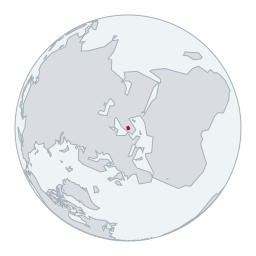 the Earth from above Eskisehir, rotated 239°
{"feature_id": "TUR-2269", "entity_name": "Eskisehir", "entity_type": "Province", "adm_level": 1, "iso_a3": "TUR", "parent_name": "Turkey", "parent_adm1": "", "projection": "orthographic", "projection_center": [31.246, 39.627], "detail": "fine", "context": "on_globe", "style": "filled", "palette": "rose", "viewbox_px": 256, "rotation_deg": 239, "n_neighbors": 0, "source": "natural_earth", "source_scale": "10m", "svg_char_len": 10676}
<svg xmlns="http://www.w3.org/2000/svg" viewBox="0 0 256 256"><g transform="rotate(239 128 128)"><circle cx="128" cy="128" r="113" fill="#eef3f6" stroke="#a8b0b8"/><path d="M97.1,19.7L97.4,19.6L95.3,20.2L97.1,19.7ZM94.4,20.5L95.7,20.1L99.8,19.0L102.1,18.5L112.9,17.6L126.4,17.3L131.0,16.7L129.8,17.4L138.6,16.5L146.1,17.3L137.4,16.7L136.4,17.0L141.4,17.5L141.4,18.0L143.8,18.6L143.4,19.2L138.4,19.1L138.0,19.6L141.6,20.0L143.4,21.0L138.2,20.3L140.8,22.2L132.9,23.0L119.4,21.8L114.8,23.8L100.2,26.7L101.3,27.3L96.5,29.2L96.0,30.8L93.4,31.1L95.2,32.1L97.7,31.5L99.2,31.7L99.2,32.7L95.9,33.2L95.5,32.8L94.5,33.5L92.9,33.4L93.6,34.0L89.7,34.7L93.4,35.4L90.1,37.2L87.6,37.3L88.1,35.4L83.4,31.9L81.0,31.9L77.0,33.6L69.0,40.4L66.2,41.4L62.2,44.1L63.6,44.3L67.2,42.3L68.9,43.5L73.1,41.2L74.4,41.5L78.6,40.1L77.7,42.4L74.5,45.5L70.9,46.9L69.4,48.4L72.5,49.0L65.7,53.7L60.7,60.7L59.0,61.9L56.0,60.3L56.6,55.2L52.7,54.2L54.9,57.1L50.5,60.4L49.6,62.0L49.7,63.3L51.2,63.0L49.7,64.8L46.9,62.2L48.3,60.6L49.1,61.3L49.4,59.1L47.5,57.9L45.4,59.9L44.8,56.8L43.3,58.3L42.3,58.6L44.7,56.4L40.3,60.5L39.3,59.2L33.3,67.1L39.5,58.4L41.9,55.3L42.9,54.2L49.0,47.7L55.6,41.7L62.6,36.3L70.1,31.4L77.9,27.1L86.0,23.5L94.4,20.5ZM18.6,101.2L17.5,108.0L17.3,108.5L16.0,121.0L16.6,130.9L16.7,136.3L16.5,137.7L17.1,141.0L17.2,142.6L21.5,155.4L25.2,164.8L26.1,170.0L24.9,171.6L27.8,179.5L24.4,172.2L21.5,164.7L19.2,157.0L17.4,149.1L16.1,141.2L15.5,133.1L15.4,125.1L15.9,117.0L17.0,109.1L18.6,101.2ZM29.9,72.7L26.2,80.0L27.1,77.9L29.9,72.7ZM32.8,68.2L33.7,66.7L33.0,67.9L32.8,68.2ZM103.2,18.2L99.9,19.0L96.2,20.0L98.9,19.2L103.2,18.2ZM110.2,17.1L108.7,17.4L107.1,17.5L108.5,17.3L110.2,17.1ZM134.2,16.4L131.6,16.3L134.2,16.3L134.2,16.4ZM144.2,18.6L145.0,18.5L145.9,18.9L144.2,18.6ZM78.9,39.0L78.7,39.5L78.0,39.5L78.9,39.0ZM80.8,37.9L80.1,37.5L80.9,36.9L81.3,37.2L80.8,37.9ZM146.2,20.2L147.4,20.9L145.3,20.1L146.2,20.2ZM81.6,38.6L82.4,36.0L83.9,35.1L86.8,35.4L81.6,38.6ZM147.6,21.4L150.8,23.5L152.7,23.4L149.0,25.0L147.5,22.5L144.5,21.5L146.9,21.8L147.6,21.4ZM98.5,30.9L95.9,31.6L98.1,30.2L98.5,30.9ZM99.5,30.0L104.1,25.8L107.9,25.5L105.6,26.8L110.5,25.9L110.1,27.7L107.3,28.7L104.9,28.5L106.6,29.3L99.5,30.0ZM146.4,25.6L146.4,26.2L145.4,25.6L146.4,25.6ZM100.1,31.7L100.6,30.9L104.0,30.5L103.4,32.2L102.5,31.7L100.1,31.7ZM112.0,24.8L114.4,24.9L114.7,26.4L115.7,26.7L110.4,27.7L112.0,24.8ZM101.7,32.3L103.0,33.1L101.4,34.2L99.7,32.6L101.7,32.3ZM105.1,29.7L106.6,29.6L105.6,30.2L105.1,29.7ZM96.3,38.7L96.9,37.5L98.7,37.2L96.3,38.7ZM103.6,33.3L104.2,32.9L104.9,32.7L105.4,33.5L103.6,33.3ZM111.0,28.8L110.7,29.4L113.2,28.4L113.5,29.6L110.0,30.1L111.6,30.4L111.7,30.8L108.7,30.9L111.0,28.8ZM108.3,33.6L103.9,34.9L102.3,37.2L100.7,37.5L103.5,33.8L108.3,33.6ZM108.8,32.0L108.1,33.0L106.4,32.8L105.9,31.9L108.8,32.0ZM115.0,30.3L115.4,28.3L116.2,28.3L115.0,30.3ZM108.1,34.3L109.2,33.9L108.2,34.4L108.1,34.3ZM113.3,31.5L113.3,30.8L114.2,30.8L113.3,31.5ZM111.3,34.0L109.9,34.4L109.5,33.8L111.3,34.0ZM112.5,32.9L113.7,33.0L110.2,33.3L112.4,32.5L112.5,32.9ZM114.1,31.6L114.6,31.4L114.0,31.9L114.1,31.6ZM113.7,36.2L109.4,36.7L108.5,35.3L112.8,35.0L113.7,36.2ZM51.8,169.8L45.9,151.6L49.2,147.3L50.1,140.1L72.8,123.7L77.3,127.0L94.8,128.4L97.0,129.8L94.6,135.5L107.5,144.9L112.0,140.4L124.1,145.1L132.3,144.9L135.7,133.6L122.3,133.7L120.3,128.1L131.3,123.3L143.1,123.4L142.7,121.2L135.5,116.7L138.5,112.6L133.0,114.9L135.1,117.0L131.7,118.6L129.7,116.8L130.8,115.3L127.3,114.4L122.8,122.1L124.4,125.1L115.1,126.1L116.8,131.4L114.2,133.6L110.4,125.6L110.9,122.8L103.6,113.5L102.1,116.5L109.0,125.6L106.7,124.7L104.8,129.3L104.5,125.1L97.4,114.8L89.2,115.0L78.3,124.3L73.6,123.7L69.9,119.9L74.4,108.7L84.3,111.2L86.0,107.7L84.5,101.3L87.6,102.7L88.2,100.6L92.0,101.3L97.8,97.2L101.7,97.5L104.4,91.1L106.8,90.5L104.5,94.4L105.0,97.4L114.8,98.4L116.9,97.2L117.8,93.0L120.4,94.0L120.1,89.9L125.9,88.7L118.5,86.9L119.4,82.5L123.2,79.4L122.1,77.7L116.0,82.9L114.8,85.3L115.9,87.8L111.4,94.6L107.9,95.4L107.6,87.4L102.7,87.7L104.6,81.7L119.9,70.8L126.0,69.0L135.4,75.0L133.7,77.7L129.5,76.8L133.0,81.6L132.9,79.3L135.0,80.3L136.5,76.6L138.0,77.1L136.7,72.9L138.8,73.1L139.6,75.8L143.5,71.0L148.0,70.7L148.1,69.4L147.0,68.1L153.4,68.8L153.2,67.9L151.1,67.2L149.2,65.0L148.5,61.4L150.8,61.8L151.4,63.2L156.0,66.8L157.1,70.6L158.0,70.5L157.5,67.3L151.9,62.8L150.8,60.5L153.8,62.3L152.6,61.4L152.8,60.5L155.1,60.0L152.0,58.0L151.0,47.7L155.3,46.1L158.1,48.5L159.7,42.8L164.5,42.0L162.5,41.3L161.9,38.4L160.4,38.6L159.4,38.1L157.2,31.6L158.4,30.7L155.2,27.7L154.2,27.4L153.1,27.9L149.0,25.0L152.7,23.4L154.9,24.0L155.8,22.9L160.6,24.6L165.0,25.7L169.8,28.7L172.9,29.5L172.9,29.0L177.0,30.0L185.7,34.3L178.8,33.0L165.8,28.3L171.1,30.3L169.9,30.6L171.9,31.9L175.6,33.4L176.0,33.0L182.1,40.4L191.1,47.2L190.4,44.2L192.8,44.3L202.4,50.8L214.1,66.5L217.3,67.8L219.3,70.1L220.6,73.6L217.7,70.3L216.5,71.0L214.6,68.8L215.7,73.7L213.1,70.8L215.1,76.3L217.4,77.6L217.4,74.1L220.3,80.5L223.8,81.7L227.2,86.5L231.4,100.6L231.1,108.5L231.7,110.5L230.1,110.6L230.2,116.6L235.2,122.3L235.9,125.1L235.0,134.7L234.6,132.8L230.2,133.1L231.1,140.7L234.5,142.1L235.7,147.1L233.8,148.2L232.4,144.0L230.8,143.9L230.0,137.7L226.4,130.8L224.4,135.4L223.4,131.8L218.1,127.4L214.6,133.8L209.9,149.5L211.1,159.1L208.6,165.1L200.9,155.2L197.4,146.6L194.6,149.1L186.5,143.8L172.7,148.4L170.8,146.2L168.2,148.3L162.5,147.0L159.5,143.2L156.1,144.3L164.1,154.1L167.8,153.0L170.8,147.7L172.4,151.5L177.8,153.4L171.8,165.0L151.3,177.5L149.3,170.4L133.9,150.5L134.4,148.0L134.3,147.7L134.1,147.2L132.7,151.3L130.0,147.1L138.2,161.8L139.6,168.0L151.0,178.0L149.9,179.3L153.6,181.0L165.4,176.0L165.5,178.4L159.9,190.3L143.5,206.0L145.8,213.9L144.6,220.3L134.5,224.8L135.6,228.8L130.4,230.4L130.1,232.4L126.0,234.3L119.1,235.8L107.2,234.7L106.4,233.1L100.3,229.0L91.8,217.7L94.7,213.1L93.6,208.5L85.0,196.1L86.9,190.1L84.6,186.8L79.9,186.3L77.3,182.2L74.5,181.3L57.0,176.9L51.8,169.8ZM64.7,134.4L64.0,136.5L64.7,134.4ZM155.5,129.2L162.6,128.3L159.4,121.7L161.9,120.9L159.9,119.0L159.2,121.2L154.4,116.0L157.4,113.3L156.6,110.3L154.2,110.5L149.3,116.4L156.2,123.7L154.6,127.0L155.5,129.2ZM17.5,108.2L17.2,110.1L17.3,108.9L17.5,108.2ZM22.3,90.6L21.8,92.7L22.0,91.2L22.3,90.6ZM25.4,81.6L22.7,89.0L23.2,86.8L25.1,82.2L24.3,84.2L25.4,81.6ZM31.5,69.9L30.8,71.2L30.5,71.7L31.5,69.9ZM32.3,69.1L32.5,68.8L33.2,67.7L32.3,69.1ZM50.7,60.5L50.8,60.8L50.5,62.3L49.9,62.0L50.7,60.5ZM53.7,67.1L51.1,69.8L52.5,67.6L51.1,67.5L52.5,63.1L58.2,62.2L55.4,63.3L53.7,67.1ZM55.9,57.2L54.4,59.9L55.8,57.0L55.9,57.2ZM87.6,88.8L88.8,90.6L87.1,92.9L82.1,93.2L84.5,89.9L87.6,88.8ZM90.8,92.8L91.9,85.1L95.0,84.8L93.1,86.2L95.0,86.8L92.4,89.3L94.4,96.8L93.0,99.3L84.5,98.1L88.1,97.0L86.7,95.2L90.8,92.8ZM89.1,68.4L89.6,65.8L95.8,68.5L94.6,70.7L89.5,71.0L88.0,68.6L89.1,68.4ZM86.6,40.1L86.4,39.3L87.3,39.1L88.2,39.6L86.6,40.1ZM96.4,38.2L88.4,43.3L87.7,42.6L83.8,46.7L80.6,46.6L83.2,43.9L77.8,47.1L78.9,44.7L75.4,47.1L81.7,41.1L82.5,39.2L82.8,41.3L85.8,41.3L87.3,40.8L92.1,38.0L95.3,34.2L98.7,33.9L100.3,34.7L100.0,35.6L97.9,35.4L99.1,36.7L95.8,37.2L96.4,38.2ZM116.7,47.5L114.4,46.5L116.3,50.1L113.0,50.2L113.4,50.6L110.9,51.7L108.6,53.9L107.2,53.6L106.9,54.6L105.3,55.5L104.4,56.8L101.6,56.8L100.3,58.5L99.6,57.5L98.2,60.5L98.0,58.3L95.8,59.4L97.2,60.9L83.7,58.8L78.3,60.0L73.9,62.3L74.1,58.6L78.3,54.2L84.5,50.4L89.7,49.9L88.9,48.5L91.1,47.9L90.8,49.2L92.6,46.8L94.4,46.7L99.8,44.1L101.3,40.9L103.3,39.9L103.6,41.2L105.4,39.4L107.4,41.1L108.9,40.5L112.4,41.8L112.2,44.7L113.9,43.9L116.6,45.0L116.7,47.5ZM114.7,36.6L115.1,39.8L113.6,41.5L108.2,38.6L106.5,38.9L103.0,37.4L105.4,35.1L106.1,35.7L107.5,35.8L106.2,36.4L108.2,36.0L109.3,36.8L111.2,36.8L110.8,37.8L114.7,36.6ZM99.6,128.0L101.3,128.5L104.0,128.6L102.9,131.6L99.6,128.0ZM94.6,121.1L96.2,120.9L95.9,125.0L94.1,124.5L94.6,121.1ZM97.3,117.6L96.3,120.6L95.8,118.7L97.3,117.6ZM106.0,94.1L107.7,93.9L107.8,94.9L106.7,96.2L106.0,94.1ZM121.7,59.4L120.6,58.3L121.2,57.8L120.8,54.7L123.2,54.6L124.4,56.4L121.7,59.4ZM133.3,135.7L130.8,137.9L129.6,136.9L130.7,136.3L133.3,135.7ZM116.0,135.2L119.8,136.8L115.6,136.0L116.0,135.2ZM124.3,58.8L123.8,57.4L125.3,58.2L124.3,58.8ZM124.9,54.3L126.7,54.9L123.5,54.2L124.9,54.3ZM163.8,216.2L155.9,227.2L150.6,228.1L149.7,225.7L152.7,219.4L158.9,216.5L161.9,212.9L163.8,216.2ZM238.7,149.0L236.8,155.7L235.6,157.9L236.1,155.6L238.1,150.8L238.8,148.2L238.7,149.0ZM236.0,155.9L233.8,156.6L228.8,151.0L230.7,148.9L235.5,149.3L235.2,151.0L236.6,151.4L236.0,155.9ZM240.2,136.1L239.9,140.4L239.0,144.7L238.4,146.2L238.1,142.7L238.3,139.4L238.8,137.8L239.5,122.7L240.1,122.4L240.2,128.0L240.5,129.5L240.2,136.1ZM211.6,159.7L214.2,163.7L212.7,165.8L211.6,159.7ZM238.7,114.0L239.2,120.4L238.4,113.0L238.7,114.0ZM237.6,107.9L238.1,109.6L237.5,108.9L237.6,107.9ZM232.8,113.1L232.2,115.3L231.7,114.0L232.0,110.5L232.8,113.1ZM229.8,90.6L231.8,94.5L232.5,96.1L231.2,94.6L229.8,90.6ZM144.1,57.4L141.9,61.8L142.0,65.2L144.5,67.4L140.0,66.3L140.0,61.0L144.1,57.4ZM149.9,48.7L147.7,47.1L149.2,46.8L149.9,47.1L149.9,48.7ZM148.1,48.5L144.4,48.5L143.5,46.9L146.7,47.2L148.1,48.5ZM134.3,53.3L133.5,54.5L132.3,53.8L134.3,53.3ZM240.4,135.5L240.4,135.3L240.6,129.5L240.6,126.5L240.6,124.6L240.6,126.5L240.6,129.0L240.6,129.9L240.4,135.5ZM239.8,114.4L239.5,113.2L239.7,116.3L238.7,108.1L239.3,110.6L239.8,114.4ZM238.7,109.1L239.0,112.0L238.3,107.6L238.7,109.1ZM238.8,111.3L238.2,109.3L238.3,108.3L238.8,111.3ZM238.7,108.3L237.7,104.3L238.2,105.8L238.7,108.3ZM236.7,105.1L237.8,105.7L237.4,108.0L234.8,101.1L234.8,99.3L236.7,105.1ZM220.8,68.8L219.4,67.4L218.7,65.5L219.9,67.0L220.8,68.8ZM215.1,58.9L218.0,64.6L220.2,69.5L220.7,69.3L223.2,73.2L221.2,71.8L218.0,66.2L216.8,63.0L214.3,60.2L212.1,56.7L209.1,54.1L207.4,52.1L209.7,53.6L215.1,58.9ZM207.8,53.2L201.8,48.3L201.5,46.4L202.8,47.0L205.7,50.0L205.6,50.8L207.8,53.2ZM200.2,46.6L200.1,47.4L191.1,43.4L189.1,42.2L195.8,43.8L196.1,44.7L198.4,46.1L200.2,46.6ZM147.6,26.3L146.5,26.2L147.2,25.9L147.6,26.3ZM158.5,38.3L157.3,37.6L158.1,37.0L158.5,38.3ZM154.2,35.3L154.2,36.4L153.2,35.1L154.2,35.3ZM154.3,39.0L153.7,36.7L155.6,39.1L154.3,39.0Z" fill="#d9dde1" stroke="#a8b0b8" stroke-width="1"/><path d="M127.2,126.9L127.3,127.0L127.5,127.1L127.8,127.2L128.0,127.2L128.3,127.2L128.5,127.2L128.7,127.3L128.8,127.4L128.8,127.5L129.0,127.6L128.9,127.7L128.9,127.8L129.0,128.0L129.1,128.3L129.1,128.5L129.1,128.8L128.9,128.9L128.9,129.0L128.7,129.0L128.3,129.1L128.2,129.0L128.1,128.8L128.0,128.7L127.9,128.7L127.8,128.8L127.7,128.9L127.4,128.8L127.3,129.0L127.2,129.0L126.9,129.0L126.9,128.9L126.7,128.7L126.6,128.3L126.5,128.2L126.4,128.1L126.4,127.9L126.5,127.8L126.5,127.6L126.6,127.4L126.8,127.4L126.9,127.2L127.0,127.0L127.1,126.9L127.2,126.9Z" fill="#f43f5e" stroke="#9f1239" stroke-width="1.5"/></g></svg>